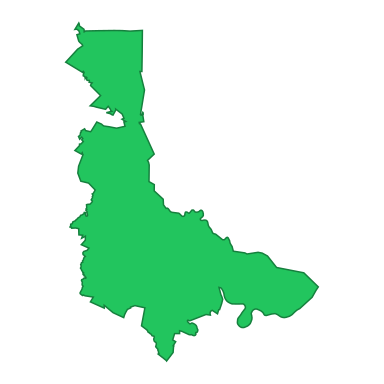 Jonuta, Tabasco, Mexico
{"feature_id": "50627088B39502895384690", "entity_name": "Jonuta", "entity_type": "district", "adm_level": 2, "iso_a3": "MEX", "parent_name": "Mexico", "parent_adm1": "Tabasco", "projection": "robinson", "projection_center": [-92.185, 18.135], "detail": "fine", "context": "isolated", "style": "filled", "palette": "green", "viewbox_px": 384, "rotation_deg": 0, "n_neighbors": 0, "source": "geoboundaries", "source_scale": "gbopen_adm2", "svg_char_len": 5872}
<svg xmlns="http://www.w3.org/2000/svg" viewBox="0 0 384 384"><path d="M74.9,29.4L76.2,29.2L77.1,29.4L77.8,29.9L78.9,30.9L79.3,31.9L79.8,33.8L76.9,34.7L78.7,41.0L79.7,42.3L82.2,44.5L82.7,45.8L77.7,49.1L65.7,62.2L82.6,72.4L82.9,71.6L83.3,71.3L84.1,72.4L83.2,75.0L83.3,75.9L84.1,76.1L84.8,77.0L85.1,77.3L85.2,78.5L86.1,77.1L86.8,77.6L86.6,78.0L86.8,80.0L87.3,80.4L89.3,80.4L89.3,81.6L89.1,82.2L92.1,82.9L90.9,84.3L90.8,85.3L90.6,85.6L100.6,95.6L90.2,105.8L94.0,106.4L96.2,107.1L105.6,109.3L108.2,106.3L110.1,108.8L110.8,110.5L111.9,111.3L106.9,112.5L106.9,112.8L110.3,113.7L111.8,114.7L113.0,115.1L115.8,110.0L115.7,109.1L122.1,114.0L124.0,118.3L122.0,119.2L125.7,121.5L123.9,121.9L125.0,126.3L116.6,128.2L108.8,126.7L103.9,126.0L102.8,125.3L101.5,124.1L96.8,122.0L91.5,130.6L90.6,131.7L85.6,130.6L84.6,128.8L81.1,130.9L81.3,131.4L81.0,132.3L80.6,132.4L80.0,135.4L78.5,136.4L79.7,139.2L81.7,137.1L82.8,138.6L81.7,139.8L83.3,141.5L81.0,143.9L79.5,144.1L79.5,145.6L74.9,150.5L81.4,154.1L82.2,152.8L82.8,154.6L83.0,154.7L78.6,166.2L77.8,173.1L80.8,181.2L88.6,183.1L95.2,190.0L93.6,192.8L92.9,193.7L92.2,194.0L93.0,195.2L92.8,195.8L92.3,196.5L92.5,197.1L92.4,197.9L91.2,199.8L91.3,200.1L92.4,201.0L92.2,201.8L90.2,204.1L87.3,204.4L86.5,204.7L86.7,207.3L86.7,207.9L86.1,208.8L86.7,209.4L86.0,209.8L85.9,210.2L86.1,210.6L87.0,211.4L87.1,211.7L87.1,212.8L87.6,215.2L87.3,215.9L86.8,216.2L86.0,216.0L85.8,215.6L85.7,214.7L85.2,213.9L85.6,213.1L85.6,212.7L84.9,212.4L84.2,212.5L84.2,213.2L84.1,213.6L81.5,215.2L80.6,215.3L79.9,216.8L78.0,217.9L77.3,218.9L76.2,219.6L75.4,220.7L72.8,221.9L72.3,223.6L71.8,223.9L70.7,224.2L70.7,225.7L70.0,226.9L70.0,227.1L71.4,227.2L71.6,227.4L71.6,228.2L75.8,228.0L78.7,228.7L78.9,234.9L82.7,235.2L81.7,238.2L85.4,236.2L85.3,240.2L81.3,244.7L88.9,248.1L87.2,250.3L84.6,251.2L83.9,251.4L83.0,252.5L82.9,253.2L83.1,254.6L84.2,255.4L85.3,256.5L84.1,257.3L83.9,258.1L83.5,258.9L83.4,259.9L82.5,260.9L82.7,262.3L81.5,262.7L81.2,263.2L81.2,264.1L80.7,264.6L81.2,266.0L80.9,267.4L80.5,268.0L80.5,268.3L81.4,269.4L81.7,270.5L82.5,271.5L82.8,272.4L83.6,272.7L83.6,273.0L83.1,273.4L83.0,273.7L83.0,274.3L83.2,274.6L84.0,274.6L84.1,275.1L84.0,275.7L84.8,276.0L85.2,276.7L85.8,277.2L86.0,277.8L85.8,278.2L85.5,278.3L84.4,278.0L84.1,278.1L83.5,278.5L83.2,279.1L81.8,279.6L81.5,280.2L81.5,280.7L82.3,282.0L82.1,284.7L82.3,285.3L82.9,285.8L83.1,286.4L82.4,287.2L82.0,289.2L80.1,292.7L80.1,293.4L80.3,293.8L82.5,295.5L83.4,295.0L84.1,295.5L84.6,295.5L85.0,295.8L93.3,297.1L90.4,301.9L104.2,308.1L104.2,305.3L113.1,312.7L123.7,317.6L124.6,314.7L125.7,312.4L127.4,309.4L130.7,307.9L130.6,307.1L134.9,305.6L144.9,307.8L141.5,325.8L147.1,330.1L147.2,330.5L147.6,330.9L148.1,332.2L148.7,332.6L149.4,332.7L149.9,333.5L151.1,334.2L152.1,335.8L154.0,336.2L154.3,337.1L153.7,339.0L153.9,340.0L154.2,341.1L155.1,342.0L155.9,342.3L156.3,343.5L156.3,344.4L156.0,345.3L156.0,346.0L155.7,346.5L156.0,347.2L157.9,349.2L157.8,350.0L158.3,351.1L158.6,352.9L159.0,353.5L158.7,353.9L158.2,354.1L166.3,360.5L166.6,361.0L173.1,352.5L173.5,347.2L173.8,346.2L173.8,345.1L173.5,345.2L175.7,341.7L172.7,339.9L174.6,333.6L179.6,333.6L179.6,330.7L182.0,331.4L189.2,334.7L191.1,334.8L191.5,334.6L193.0,335.4L193.7,335.6L194.5,335.6L195.3,335.2L195.7,334.7L195.9,334.2L195.6,333.1L195.7,332.7L196.0,332.4L196.5,332.5L197.0,332.3L197.5,331.6L197.9,330.0L197.1,328.3L196.7,326.5L196.1,325.4L194.7,324.2L192.6,323.1L191.4,323.1L190.5,323.8L189.7,323.8L187.6,321.8L187.4,320.7L187.7,320.2L188.3,320.2L188.9,320.6L189.8,320.8L206.0,314.5L210.4,315.1L210.0,313.1L210.6,311.3L212.2,310.3L217.5,313.8L218.7,309.7L219.6,309.6L221.7,303.5L222.7,299.3L221.8,296.6L220.9,294.6L219.0,287.4L220.8,287.8L222.0,289.2L223.0,291.1L223.8,293.1L224.2,295.6L224.7,297.5L225.4,298.9L225.9,299.8L227.0,301.2L228.3,302.2L230.4,303.3L232.0,303.9L237.1,304.0L242.8,303.9L243.6,304.1L244.8,305.3L245.3,306.6L245.4,307.8L245.2,308.5L242.0,312.7L240.6,315.0L238.3,317.9L237.7,319.1L237.4,322.0L237.4,323.0L237.6,323.7L238.0,324.5L239.5,326.3L241.3,327.4L243.1,327.6L244.4,327.4L247.6,326.0L249.1,324.8L250.2,323.6L250.8,322.3L251.8,319.6L252.0,317.8L251.7,315.6L251.2,313.7L251.3,313.1L252.2,311.2L253.3,309.9L254.5,309.3L255.5,309.0L256.9,309.1L259.1,310.0L261.1,311.0L262.9,312.5L264.2,314.7L264.9,315.3L266.2,315.5L271.7,314.0L275.1,313.6L276.2,314.0L277.5,314.6L280.6,316.7L282.2,317.3L284.2,317.6L286.1,317.3L289.3,316.3L290.4,315.7L292.1,314.6L294.6,312.1L296.8,310.2L298.8,309.0L299.5,308.8L312.1,297.3L316.1,290.2L318.3,286.9L303.8,272.8L276.6,267.5L267.5,256.0L262.2,253.1L258.1,252.3L247.0,254.0L244.9,252.9L233.3,251.2L232.1,246.5L230.6,244.1L229.9,242.5L229.6,240.7L228.1,237.8L227.3,237.3L226.4,237.6L224.4,239.7L222.9,239.8L222.3,239.5L215.7,234.2L213.8,233.7L212.6,232.9L211.5,230.1L210.8,228.9L209.0,226.8L208.3,225.3L207.7,222.3L207.3,221.3L206.6,220.6L205.9,220.2L204.9,220.1L203.8,220.1L202.4,220.5L201.5,220.4L200.6,220.1L200.3,219.3L200.4,218.6L202.7,216.6L203.3,215.5L203.3,213.7L202.8,211.7L202.1,210.7L201.5,210.3L200.8,210.2L199.8,210.8L199.0,211.6L197.5,212.1L196.0,212.2L195.0,211.9L193.6,210.2L193.2,210.0L191.9,210.1L189.3,213.2L188.7,213.2L187.2,212.2L186.4,212.0L185.5,212.1L185.1,212.9L184.7,215.3L184.3,215.7L184.0,216.2L182.9,216.4L182.3,216.3L181.7,215.9L179.5,213.7L178.8,213.2L171.9,212.3L171.1,212.0L170.2,211.4L168.3,208.8L167.5,208.2L166.8,208.2L166.1,208.4L163.5,204.9L163.2,199.2L154.2,190.9L154.3,184.6L149.0,181.6L149.2,165.0L148.6,162.4L147.5,160.4L154.2,154.1L141.0,125.1L140.7,124.4L139.9,123.9L140.2,123.8L139.3,122.4L143.8,121.7L142.9,115.9L142.8,115.6L143.2,114.4L143.1,112.8L142.8,112.4L141.9,115.0L141.1,115.2L140.9,114.6L140.5,114.5L144.5,90.0L139.9,71.5L141.9,71.5L142.2,51.6L142.4,30.4L130.1,31.1L121.9,30.6L114.2,30.5L98.9,30.7L85.1,31.0L85.1,31.3L84.2,31.8L84.0,29.3L79.3,25.8L79.3,24.2L78.8,23.0L74.9,29.4Z" fill="#22c55e" stroke="#15803d" stroke-width="1.5"/></svg>